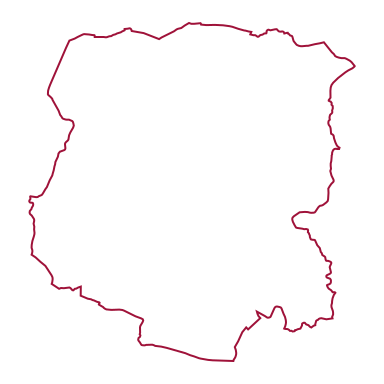 the district of Mueang Ang Thong, Ang Thong, Thailand
{"feature_id": "78962969B37597222908086", "entity_name": "Mueang Ang Thong", "entity_type": "district", "adm_level": 2, "iso_a3": "THA", "parent_name": "Thailand", "parent_adm1": "Ang Thong", "projection": "orthographic", "projection_center": [100.455, 14.575], "detail": "fine", "context": "isolated", "style": "outline", "palette": "rose", "viewbox_px": 384, "rotation_deg": 0, "n_neighbors": 0, "source": "geoboundaries", "source_scale": "gbopen_adm2", "svg_char_len": 5867}
<svg xmlns="http://www.w3.org/2000/svg" viewBox="0 0 384 384"><path d="M159.1,39.1L143.7,33.1L131.7,31.0L131.3,29.6L130.8,28.9L130.3,28.5L129.5,28.3L127.7,28.7L124.6,29.0L124.6,30.3L122.2,31.4L120.8,32.3L116.9,33.5L115.5,34.3L113.2,34.9L111.2,36.1L109.3,36.3L106.8,37.2L105.8,37.3L103.7,37.0L94.7,37.0L94.6,35.4L94.4,35.2L92.1,35.0L89.1,34.5L84.1,34.1L82.8,34.5L77.6,37.0L74.7,38.6L69.4,40.6L66.1,47.7L50.1,84.8L49.0,87.7L48.1,90.7L47.9,94.2L48.3,95.0L50.5,96.9L52.2,98.7L52.4,99.6L53.6,101.8L58.6,110.7L60.2,115.0L61.2,116.2L62.4,118.2L63.3,118.8L65.5,119.5L66.8,119.7L69.1,119.7L72.3,121.1L72.9,121.9L73.4,123.5L73.8,125.6L73.1,127.7L70.3,132.5L69.1,135.3L68.4,139.6L67.7,140.6L66.0,142.1L65.1,143.3L65.0,144.5L65.4,148.2L65.1,149.4L64.3,150.1L59.9,151.7L58.5,153.5L57.9,156.7L55.4,162.0L55.1,164.4L54.5,166.2L53.7,170.3L52.7,173.7L52.3,175.4L49.7,180.3L46.9,187.1L45.3,189.3L43.1,193.1L42.1,194.6L41.5,195.1L38.8,196.2L37.7,197.0L37.0,197.1L35.8,197.1L31.2,196.4L30.4,196.3L30.2,196.5L30.4,198.9L30.2,199.4L29.4,200.4L29.3,201.5L29.8,202.3L30.3,202.6L32.4,202.8L32.8,203.0L33.1,203.7L33.2,204.8L32.9,205.9L31.8,207.7L31.4,209.1L29.8,211.0L29.6,212.6L29.8,213.5L30.2,214.2L31.7,215.5L33.8,218.7L34.1,219.4L34.2,220.8L33.6,223.7L34.3,226.7L34.1,229.3L34.5,232.8L34.4,234.2L33.8,236.6L32.4,241.0L31.7,245.0L31.6,247.8L32.3,250.0L32.4,251.3L32.1,253.2L31.6,254.7L35.6,257.4L40.4,261.8L45.4,265.9L51.5,275.2L52.4,277.1L52.6,278.2L52.6,279.6L52.2,282.4L51.7,283.9L59.1,288.8L61.0,288.0L63.9,288.2L69.4,287.5L70.5,288.1L72.4,290.2L73.4,290.3L74.8,288.8L76.3,288.6L78.2,287.5L80.8,286.6L80.7,295.7L87.8,298.7L91.1,299.3L92.6,300.1L93.7,300.3L97.0,301.8L99.3,302.4L99.6,302.7L99.6,302.9L98.8,304.3L98.9,304.6L103.3,307.2L103.7,307.8L105.1,308.8L106.4,309.4L111.4,309.9L119.3,309.6L122.4,310.0L124.0,310.6L135.5,316.3L141.2,318.4L142.8,319.3L143.2,320.5L143.0,321.1L142.5,322.3L140.4,325.8L140.0,327.3L140.1,332.8L139.7,334.3L140.3,335.1L140.4,335.4L140.0,336.8L138.6,337.9L138.2,339.4L138.3,340.2L138.7,340.9L139.9,342.4L141.2,344.6L141.6,345.0L142.4,345.2L143.5,345.3L144.9,345.3L146.2,344.9L152.2,344.7L153.6,345.1L155.2,345.9L161.2,346.6L166.8,347.9L185.4,353.2L190.2,355.2L194.1,356.4L199.0,358.2L200.7,358.6L208.1,359.9L212.7,360.3L233.4,361.0L233.8,359.5L234.5,358.6L235.4,357.0L235.9,355.4L236.2,354.0L236.2,352.7L235.8,350.0L234.8,347.1L238.1,341.4L242.3,332.2L246.2,327.4L248.1,329.4L260.3,318.1L258.5,316.1L257.5,313.8L256.9,311.6L265.0,316.1L267.1,317.5L267.8,317.7L268.9,317.6L270.2,317.1L270.6,316.7L274.4,308.2L275.1,307.2L276.1,306.6L277.0,306.5L279.5,307.0L280.8,307.5L281.5,308.4L283.5,313.7L285.0,316.9L285.8,320.1L286.0,322.3L285.8,324.0L285.2,326.3L284.2,328.6L285.0,328.9L287.7,329.1L289.0,329.9L290.0,330.9L291.5,330.8L292.6,331.5L294.5,331.2L294.8,331.0L295.1,330.1L296.2,330.0L297.5,329.3L300.4,328.6L302.0,325.5L302.1,323.8L302.5,323.3L303.9,322.7L304.8,322.8L306.2,324.4L308.5,325.2L309.8,326.7L311.3,327.5L313.7,325.7L315.3,325.2L315.3,324.0L316.2,320.8L316.8,320.3L317.9,319.9L318.7,319.0L319.7,318.5L321.3,318.2L326.4,319.3L332.5,318.4L332.1,317.0L333.1,314.5L333.1,312.8L332.9,311.1L331.5,307.1L331.4,305.2L332.0,303.1L332.1,301.0L332.6,298.2L333.9,294.8L335.4,292.8L335.1,292.4L334.5,292.2L332.6,292.2L331.2,290.3L328.7,288.6L327.8,287.4L327.1,285.8L327.0,285.2L327.4,284.9L329.1,284.3L330.4,283.5L330.9,282.2L330.9,280.2L330.6,279.5L330.0,278.7L327.0,277.6L326.5,277.1L326.3,276.3L326.5,275.6L326.9,275.2L329.7,273.9L330.6,273.2L330.9,272.7L330.9,272.0L329.7,267.2L329.9,266.4L331.1,263.8L331.3,263.1L331.2,262.5L330.7,261.9L329.6,261.4L328.3,260.9L326.4,260.8L326.0,260.5L325.6,259.5L325.2,257.1L324.5,256.4L322.3,255.0L321.8,253.2L320.8,252.0L319.8,248.1L317.3,245.3L315.0,240.2L314.4,239.9L312.0,239.7L310.8,239.3L309.9,237.1L309.8,235.5L309.1,234.1L309.0,233.4L307.9,232.2L308.1,230.5L307.8,229.5L306.1,229.0L304.2,229.2L302.4,228.7L297.0,227.9L296.0,227.5L294.5,225.0L292.9,221.8L292.3,219.7L292.3,218.5L292.6,217.6L293.8,216.3L299.6,212.3L304.9,211.9L307.9,212.1L310.1,212.7L311.4,212.8L313.6,212.7L314.7,212.4L315.3,211.8L318.3,207.3L319.3,206.3L320.0,205.8L321.8,205.5L323.1,204.9L326.4,202.4L327.7,201.0L328.1,199.3L328.5,192.9L328.3,188.6L329.7,186.2L331.3,183.9L333.3,181.9L333.7,181.0L333.5,179.7L331.5,175.6L330.3,171.0L331.0,168.8L330.7,165.9L330.7,163.5L331.3,161.0L331.7,156.4L331.6,155.8L332.1,154.3L332.1,152.9L332.6,151.3L333.2,150.1L334.4,149.0L336.1,148.7L336.9,149.0L339.1,149.0L339.5,147.7L338.4,147.1L337.1,145.8L336.6,145.0L335.4,142.4L334.0,138.2L333.7,136.0L333.3,135.2L332.7,134.6L331.1,133.7L330.6,128.4L330.1,126.7L328.7,124.7L328.3,123.1L328.5,121.3L328.9,120.6L329.8,119.7L329.5,117.8L329.7,116.2L330.2,114.7L331.7,113.4L332.2,112.7L332.3,111.9L332.1,110.6L332.8,108.3L332.7,106.0L331.5,104.7L331.7,103.0L330.7,101.6L329.2,101.1L328.7,100.7L328.8,100.0L329.6,99.0L330.5,97.7L330.4,90.9L330.7,87.6L331.5,85.1L333.2,82.7L338.2,77.9L345.4,72.3L348.3,70.4L352.4,68.3L354.3,66.7L354.7,66.1L351.7,62.3L350.6,61.3L349.7,60.6L346.4,58.8L344.7,58.1L341.3,58.1L338.8,57.6L336.7,56.9L335.2,56.1L333.9,54.1L331.8,52.2L323.9,42.3L319.8,43.3L314.8,44.2L308.1,45.8L306.5,45.8L302.3,46.2L300.8,46.2L298.8,45.8L296.8,44.9L296.2,44.3L293.7,41.2L293.4,40.4L292.4,36.8L291.9,36.0L290.1,35.4L288.9,34.0L288.0,33.6L287.8,32.8L287.1,32.8L284.3,33.5L283.8,32.1L283.0,31.6L282.0,31.4L281.0,31.7L279.3,31.5L278.6,31.2L276.7,29.2L275.1,29.3L270.4,30.3L268.6,29.7L268.0,29.8L267.2,30.3L266.6,31.2L266.5,32.9L266.3,33.3L264.2,33.5L262.6,34.6L260.3,35.1L258.6,36.6L257.9,36.8L257.3,36.6L256.3,35.8L255.2,35.2L253.4,35.2L250.3,34.4L251.3,31.9L248.7,31.5L245.4,30.6L244.3,30.5L238.2,28.8L232.4,26.8L229.7,26.2L223.1,25.3L214.8,24.9L206.4,25.1L201.1,24.6L200.8,23.5L200.5,23.2L194.1,23.8L191.3,23.8L189.0,23.0L184.6,25.6L181.3,28.0L178.0,28.8L176.6,29.4L174.0,31.3L161.5,37.5L159.1,39.1Z" fill="none" stroke="#9f1239" stroke-width="2"/></svg>